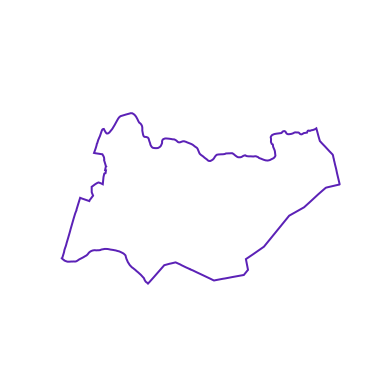 Brunavas pag., Bauska, Latvia (Mercator projection), rotated 340°
{"feature_id": "27541924B75400178826619", "entity_name": "Brunavas pag.", "entity_type": "district", "adm_level": 2, "iso_a3": "LVA", "parent_name": "Latvia", "parent_adm1": "Bauska", "projection": "mercator", "projection_center": [24.423, 56.313], "detail": "fine", "context": "isolated", "style": "outline", "palette": "violet", "viewbox_px": 384, "rotation_deg": 340, "n_neighbors": 0, "source": "geoboundaries", "source_scale": "gbopen_adm2", "svg_char_len": 5850}
<svg xmlns="http://www.w3.org/2000/svg" viewBox="0 0 384 384"><g transform="rotate(340 192 192)"><path d="M47.0,209.7L47.4,210.7L48.0,211.6L48.4,212.1L48.6,212.7L49.8,213.8L50.3,214.2L50.9,214.7L51.6,215.1L52.4,215.3L53.1,215.6L54.6,216.0L56.1,216.5L57.5,217.0L58.2,217.3L59.0,217.5L59.7,217.5L60.5,217.4L61.3,217.2L62.8,216.8L63.5,216.7L67.4,216.2L68.9,215.9L70.4,215.6L70.8,215.6L71.2,215.5L72.6,214.9L74.3,213.8L74.6,213.7L75.0,213.5L75.7,213.3L76.1,213.2L76.5,213.1L77.2,213.0L77.6,213.0L78.4,213.0L78.8,213.0L79.2,213.1L79.9,213.2L80.7,213.4L81.7,213.9L82.8,214.3L85.0,215.0L85.4,215.1L85.8,215.1L86.2,215.2L86.5,215.1L86.9,215.1L87.3,215.1L89.6,215.5L90.3,215.6L90.7,215.7L91.8,216.1L92.9,216.6L93.2,216.7L94.6,217.5L95.5,218.1L98.3,219.6L98.9,220.0L100.3,220.8L101.5,221.7L102.8,222.6L103.4,223.0L103.7,223.3L105.1,224.7L106.1,225.8L106.4,226.1L106.6,226.4L106.8,226.7L107.0,227.1L107.5,228.1L107.7,228.5L107.8,228.9L107.8,229.2L107.7,230.0L107.6,230.8L107.6,231.6L107.5,232.3L107.6,233.1L107.7,234.7L107.7,235.4L107.8,236.2L108.0,237.0L108.2,237.7L108.3,238.5L108.5,239.2L108.6,239.6L109.1,240.7L109.4,241.4L109.7,242.1L109.9,242.4L110.6,243.4L111.8,245.4L112.2,246.0L112.6,246.9L113.0,247.6L113.6,248.6L114.0,249.3L115.1,251.4L115.5,252.1L115.8,252.8L116.7,255.0L117.3,256.4L117.4,256.8L117.4,257.2L117.4,257.6L117.3,257.9L117.4,258.3L117.5,258.7L117.6,259.5L117.8,260.3L117.9,260.6L118.1,260.9L118.5,261.5L118.7,261.8L118.9,262.1L119.3,263.0L120.2,262.5L120.6,262.4L126.9,259.0L140.9,251.3L146.9,251.8L147.2,251.9L152.4,252.5L152.6,252.6L156.3,256.2L157.1,257.2L157.8,257.9L160.6,260.8L163.1,263.2L163.7,263.7L163.6,263.8L164.7,264.9L165.0,265.1L165.9,265.9L169.0,269.1L171.4,271.5L179.9,280.1L181.1,281.4L181.2,281.5L182.3,282.6L182.5,282.7L183.9,282.9L191.3,284.1L193.3,284.5L196.9,285.1L200.7,285.7L210.6,287.4L210.9,287.4L211.0,287.5L212.3,287.7L218.0,284.3L219.7,273.5L228.1,271.4L240.9,268.0L275.2,247.5L292.1,244.7L300.2,241.4L309.7,237.4L315.1,235.3L319.1,233.8L320.0,233.8L331.6,235.2L333.1,235.4L333.3,235.3L333.4,235.1L333.7,232.7L334.2,228.3L334.7,224.0L335.3,219.9L335.4,219.0L335.6,217.1L335.7,216.1L335.8,215.1L336.2,212.0L336.2,211.6L336.3,210.9L336.6,209.1L336.6,208.5L337.0,205.8L337.0,205.5L337.0,205.2L336.9,205.0L336.9,204.8L335.7,202.1L335.6,201.8L335.5,201.7L334.9,200.3L333.9,197.9L333.1,196.0L332.6,194.8L331.3,191.9L330.3,189.6L330.1,189.0L329.6,187.9L329.6,187.7L329.8,184.5L329.9,183.0L330.3,178.6L330.6,174.7L328.8,175.1L326.8,175.1L325.2,174.8L323.7,174.9L323.6,174.7L323.3,174.5L322.7,174.3L322.4,174.1L321.7,174.1L321.2,174.7L321.0,174.8L320.8,175.0L320.6,175.1L320.4,175.5L319.2,175.3L317.2,174.9L315.2,175.3L314.7,175.3L313.9,174.9L313.4,174.4L312.8,173.0L312.5,172.6L311.9,172.3L311.0,172.0L309.8,171.4L309.0,171.2L308.3,171.2L307.1,171.4L305.9,171.4L304.9,171.3L303.0,170.9L302.1,170.6L301.4,170.1L300.8,169.2L300.5,167.5L300.4,167.1L299.5,166.3L298.8,166.2L298.0,166.2L297.3,166.6L296.7,166.8L296.4,167.1L295.9,167.1L291.4,166.1L289.1,165.7L288.0,165.8L287.0,165.8L285.8,166.4L284.7,167.4L284.4,169.2L283.3,172.0L283.4,174.1L284.2,175.0L283.7,177.3L283.9,180.8L283.8,182.1L283.4,183.8L282.8,186.4L282.1,187.1L280.8,187.9L279.6,188.2L277.6,188.4L276.2,188.6L275.0,188.5L273.8,188.3L272.1,187.5L270.6,186.4L269.2,185.2L268.4,184.4L267.6,183.8L266.6,182.9L266.0,181.8L265.1,181.0L264.3,180.3L263.6,180.0L261.7,179.6L259.9,178.8L259.0,178.4L257.7,178.0L255.9,177.1L255.1,176.5L255.0,176.2L254.9,176.0L254.5,175.7L253.8,175.6L252.5,175.6L250.6,176.0L249.3,175.9L247.7,175.3L247.1,175.0L246.4,174.3L245.5,173.0L245.3,172.7L245.1,172.4L244.7,171.7L244.4,171.1L243.5,169.8L243.1,169.5L242.9,169.2L242.1,169.0L237.1,167.4L235.8,167.5L234.3,167.2L231.8,166.4L229.4,165.7L228.0,165.5L226.7,166.0L225.2,167.0L224.0,168.0L222.5,168.7L220.9,169.0L219.7,169.1L218.4,168.5L217.7,167.7L217.2,166.6L216.6,165.7L215.6,164.2L214.5,162.2L213.1,160.2L212.3,158.6L212.2,157.2L212.1,154.9L212.0,153.1L211.7,152.2L211.3,151.6L210.6,150.7L208.8,147.8L207.7,146.6L206.1,145.2L205.2,144.4L204.6,143.9L203.5,142.8L201.9,141.6L200.6,141.2L199.3,141.2L197.6,141.2L196.4,140.7L195.8,140.1L195.1,138.7L194.3,137.5L193.3,136.5L191.7,135.8L190.4,135.0L188.5,134.0L186.6,133.1L185.1,132.5L183.2,132.5L182.4,132.8L181.8,133.3L181.2,134.1L180.9,135.1L180.5,135.9L179.5,137.0L178.2,138.2L177.0,138.7L175.4,139.0L174.0,138.8L172.0,138.0L170.5,137.2L169.9,136.5L169.6,135.9L169.3,134.8L169.1,133.4L169.3,131.9L169.3,129.7L169.4,128.1L169.5,126.8L169.0,125.6L167.6,124.5L166.3,124.0L165.8,123.3L165.6,122.5L165.7,121.0L166.3,117.3L166.9,115.7L167.3,114.6L167.6,113.0L167.4,111.2L166.9,109.9L166.1,108.7L165.8,106.9L165.6,104.6L165.2,102.1L164.7,100.5L164.0,99.1L162.8,97.6L161.4,97.0L159.9,96.9L156.3,96.6L152.7,96.4L150.7,96.3L148.9,97.0L147.6,97.9L145.6,99.6L142.2,102.6L138.6,105.5L134.7,107.8L133.3,108.2L132.1,108.0L131.4,106.9L131.0,104.9L130.7,102.6L130.3,102.5L130.2,102.7L129.8,102.7L129.6,102.7L129.4,102.6L129.0,102.7L127.8,104.0L124.6,108.0L123.1,109.5L122.4,110.3L121.7,111.0L119.6,113.8L118.9,114.4L118.5,115.2L117.2,117.0L116.1,118.4L113.3,121.8L114.6,122.6L115.7,123.2L117.0,123.9L120.7,125.9L120.9,127.3L121.1,128.2L121.1,129.6L120.7,131.4L120.3,131.8L120.0,137.0L119.9,138.0L120.0,138.4L119.9,138.4L117.8,141.7L118.6,142.2L118.4,142.5L117.3,144.6L117.2,144.7L117.1,144.8L116.3,144.6L116.1,144.6L115.9,144.7L115.8,144.8L114.0,147.6L110.8,154.2L109.5,152.8L107.5,151.1L107.4,151.1L106.2,151.1L104.0,151.5L103.3,151.7L100.6,152.5L99.5,152.8L97.7,157.9L97.7,158.9L97.8,161.6L93.0,164.7L92.4,165.4L87.1,161.1L86.7,160.8L84.9,159.2L80.2,165.4L77.4,169.1L77.3,169.5L75.5,171.5L74.6,172.6L71.9,176.2L69.5,179.5L65.5,185.0L65.2,185.4L63.9,187.3L62.6,189.1L59.9,192.8L56.7,197.1L55.9,198.3L54.7,199.9L53.6,201.2L52.2,203.0L51.4,204.4L50.7,205.4L49.5,207.0L47.6,209.5L47.0,209.7Z" fill="none" stroke="#5b21b6" stroke-width="2"/></g></svg>